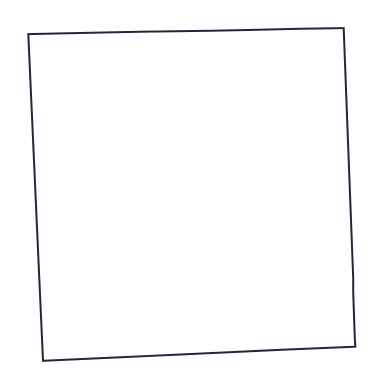 Randolph, Indiana, United States of America, rotated 268°
{"feature_id": "52423323B64945825583977", "entity_name": "Randolph", "entity_type": "district", "adm_level": 2, "iso_a3": "USA", "parent_name": "United States of America", "parent_adm1": "Indiana", "projection": "albers", "projection_center": [-84.948, 40.157], "detail": "fine", "context": "isolated", "style": "outline", "palette": "slate", "viewbox_px": 384, "rotation_deg": 268, "n_neighbors": 0, "source": "geoboundaries", "source_scale": "gbopen_adm2", "svg_char_len": 408}
<svg xmlns="http://www.w3.org/2000/svg" viewBox="0 0 384 384"><g transform="rotate(268 192 192)"><path d="M31.2,274.8L31.7,349.8L41.2,349.6L85.2,349.6L100.4,350.1L350.5,349.3L351.1,319.1L351.4,303.9L351.9,258.7L352.1,243.7L352.4,223.2L352.4,221.1L353.5,168.3L353.8,155.7L353.9,149.8L354.3,123.3L355.4,41.7L355.5,33.9L28.5,37.2L29.3,111.4L31.2,274.8Z" fill="none" stroke="#1e293b" stroke-width="2"/></g></svg>